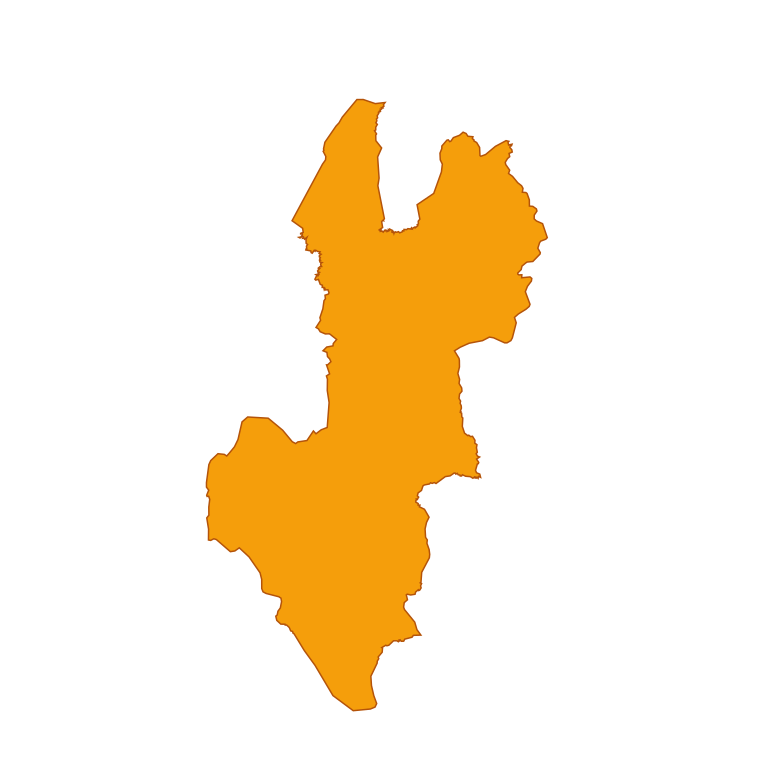 outline of Erawan, Loei, Thailand, rotated 223°
{"feature_id": "78962969B28697465385872", "entity_name": "Erawan", "entity_type": "district", "adm_level": 2, "iso_a3": "THA", "parent_name": "Thailand", "parent_adm1": "Loei", "projection": "mercator", "projection_center": [101.991, 17.279], "detail": "fine", "context": "isolated", "style": "filled", "palette": "amber", "viewbox_px": 768, "rotation_deg": 223, "n_neighbors": 0, "source": "geoboundaries", "source_scale": "gbopen_adm2", "svg_char_len": 6171}
<svg xmlns="http://www.w3.org/2000/svg" viewBox="0 0 768 768"><g transform="rotate(223 384 384)"><path d="M279.5,140.0L260.5,134.7L242.6,131.2L208.8,121.3L183.7,124.1L172.3,137.0L170.2,141.6L171.4,145.3L178.9,149.1L187.5,154.9L194.3,161.3L198.6,175.1L199.9,176.7L200.5,179.5L202.1,180.4L202.4,186.6L204.9,189.8L205.9,189.7L204.5,194.2L203.4,194.5L202.3,196.2L201.9,202.7L199.4,205.0L197.7,205.3L197.5,206.6L198.4,206.9L197.8,207.9L196.0,207.6L194.2,209.3L194.8,211.6L190.8,217.9L191.1,220.2L185.8,225.5L192.4,226.8L199.1,230.8L215.1,233.0L217.5,234.2L220.1,237.9L219.7,242.2L223.9,245.0L223.7,246.1L220.6,247.9L217.9,251.4L219.0,253.4L218.6,256.9L217.7,256.6L217.3,257.6L217.8,260.2L219.6,261.3L220.4,263.7L221.9,263.3L221.8,264.3L228.0,272.0L232.3,287.8L234.4,290.6L238.1,293.7L244.0,296.8L246.0,299.5L249.0,300.2L255.1,306.0L258.5,311.8L260.2,317.3L269.0,320.0L274.4,318.3L275.1,319.9L276.5,318.7L277.5,319.9L280.2,319.3L281.4,320.7L280.9,322.0L281.8,322.1L281.1,322.9L281.5,324.9L283.3,324.9L284.8,327.6L284.0,331.7L286.0,336.0L285.7,337.6L282.6,341.9L282.6,343.5L281.0,344.2L280.0,346.2L278.1,346.7L276.0,358.1L273.0,361.9L272.0,366.6L271.2,367.4L270.0,367.1L269.5,368.6L267.8,368.2L266.3,369.2L265.5,368.7L264.5,369.7L264.8,371.1L261.4,372.2L257.7,375.1L254.7,375.7L254.3,378.1L253.4,378.3L253.2,377.5L252.3,378.1L252.4,379.3L250.8,379.1L251.7,381.0L249.7,381.6L252.5,383.4L255.8,382.2L258.2,383.3L261.2,389.2L260.7,390.1L261.3,391.3L265.1,392.2L264.3,395.8L266.4,395.0L269.0,395.8L269.2,397.7L272.9,400.4L274.6,403.0L277.3,402.7L279.1,404.9L283.6,406.1L284.8,404.6L287.1,404.4L287.4,403.4L291.6,403.0L297.8,406.4L303.2,412.9L304.7,413.0L307.3,415.6L308.8,415.3L308.8,416.2L309.6,416.2L310.9,419.1L312.6,420.7L315.2,421.8L316.3,423.7L319.3,424.6L321.9,428.2L322.1,431.9L324.5,434.1L329.5,435.6L331.8,438.9L337.2,442.1L340.4,447.9L345.0,452.7L346.6,453.9L355.1,456.3L353.4,462.7L349.6,471.8L341.5,482.9L338.9,490.2L335.4,492.5L323.8,496.4L322.1,498.0L320.8,502.3L321.6,505.3L329.0,518.9L334.0,521.7L333.5,526.8L331.1,535.8L330.7,539.8L331.6,541.9L343.6,547.9L345.7,553.3L346.4,559.8L347.9,562.0L350.2,561.9L355.8,555.6L357.7,557.9L359.7,555.8L361.1,555.6L361.9,556.5L361.7,561.2L363.5,564.3L362.9,569.2L362.5,570.8L358.7,575.1L358.5,585.4L359.3,586.7L364.1,588.2L366.6,593.5L366.8,595.4L364.4,600.3L364.4,602.4L377.4,609.4L383.7,607.2L386.8,607.2L389.3,610.0L390.1,614.8L392.0,616.0L396.3,615.4L399.0,613.3L403.3,617.8L409.3,620.9L410.8,620.8L413.6,618.6L415.8,621.9L418.6,622.8L423.5,622.4L431.6,623.5L436.5,622.9L437.9,626.1L444.6,627.5L446.5,628.8L447.4,633.1L447.1,636.0L449.8,637.9L448.4,641.1L450.3,642.5L453.2,642.8L454.1,644.3L453.2,645.1L453.9,646.7L455.9,643.8L458.2,645.4L458.2,646.6L460.7,645.2L464.6,633.8L466.2,621.1L468.5,616.6L469.6,616.5L475.4,622.2L480.9,623.8L483.9,623.1L484.7,623.9L486.7,623.7L487.6,625.5L491.6,622.4L494.8,623.2L497.9,622.1L498.4,617.4L501.3,611.5L500.7,607.3L501.2,606.1L503.5,606.4L504.3,605.2L504.0,597.5L502.2,595.5L500.5,591.0L495.7,586.3L491.3,584.6L486.6,578.2L477.6,557.3L482.1,537.7L470.2,529.0L470.0,526.4L468.0,524.5L468.3,523.0L467.2,522.8L467.5,520.5L468.3,520.1L467.8,519.4L468.8,519.0L469.4,516.8L470.4,517.1L470.3,516.0L469.6,516.0L472.5,513.9L472.7,512.4L474.8,510.7L473.9,509.4L475.0,508.7L474.5,507.6L475.6,505.3L477.3,505.3L478.2,503.6L479.2,503.1L479.4,503.6L479.5,501.9L480.1,501.9L479.6,501.0L480.8,501.7L480.9,500.8L481.9,500.5L482.5,502.1L484.9,501.3L484.9,500.5L485.8,501.7L485.6,500.4L486.2,500.0L485.1,499.4L485.7,497.6L486.3,498.1L486.9,497.3L487.6,497.9L488.3,497.2L488.2,494.5L489.5,494.6L490.3,493.6L490.9,494.3L491.1,493.4L491.7,494.1L492.8,492.8L491.7,497.5L496.4,501.1L496.5,502.6L495.7,503.1L496.3,503.3L496.4,505.1L523.7,524.8L528.0,531.2L543.5,545.7L546.7,555.0L555.9,556.4L559.8,560.4L560.0,561.8L563.7,562.8L563.3,564.2L565.2,566.2L565.9,569.3L568.1,569.5L568.7,571.6L570.3,572.7L570.2,574.3L571.9,575.5L572.5,578.5L573.3,578.9L572.6,580.6L573.4,580.5L573.2,581.5L574.1,582.4L573.4,582.8L573.3,583.9L574.3,584.3L573.1,585.3L573.9,585.6L573.5,587.1L574.9,587.9L575.2,590.6L581.6,583.1L593.2,577.9L597.8,573.6L596.5,550.7L595.0,544.3L595.0,540.0L592.1,520.5L588.5,514.6L587.3,513.9L587.2,512.7L581.7,510.7L579.6,508.0L578.9,502.8L562.6,440.7L549.7,442.4L546.5,439.8L547.7,437.3L547.3,436.9L546.1,438.1L545.4,437.4L545.0,434.9L546.3,433.2L545.0,433.5L544.3,436.5L543.1,436.6L542.8,435.2L542.1,436.1L540.9,435.7L540.4,438.7L539.6,436.5L536.9,433.8L535.0,433.9L534.7,431.9L532.6,430.1L533.1,429.7L532.6,428.7L528.3,431.4L526.9,430.4L525.7,430.7L526.2,434.2L524.9,434.1L525.1,435.3L523.1,435.6L520.9,437.1L520.5,435.2L518.5,436.0L518.8,433.8L518.0,432.9L516.8,433.1L516.2,431.3L514.9,431.2L515.3,430.3L513.8,429.5L512.2,430.5L512.5,429.2L511.5,427.9L509.8,427.4L510.8,426.3L511.1,423.9L510.5,423.5L509.8,424.3L509.7,421.4L508.8,420.9L507.4,421.6L507.7,420.3L506.4,420.0L506.1,418.3L507.3,419.1L508.4,417.6L507.3,417.8L506.0,413.5L504.8,413.4L503.3,415.8L498.6,413.4L496.4,414.2L495.1,412.5L493.9,413.5L492.1,412.3L492.4,413.5L491.0,412.8L489.3,414.7L486.4,413.2L486.0,411.9L487.7,408.7L485.0,406.4L484.7,404.0L480.0,397.3L476.1,388.8L473.8,387.3L472.3,379.0L469.6,379.6L466.3,378.7L461.1,380.6L458.1,383.5L449.0,384.3L448.7,379.0L447.3,377.1L451.1,372.0L451.3,366.7L447.3,368.2L444.0,365.5L440.9,365.3L438.0,364.1L438.3,359.6L439.1,358.8L430.7,354.3L431.6,350.6L428.7,349.0L421.0,340.5L411.5,333.0L395.9,313.5L398.7,307.7L399.8,301.2L403.6,301.5L401.8,290.1L407.5,282.9L408.0,280.2L411.7,279.2L426.6,281.1L445.4,280.0L461.2,266.9L462.0,259.5L452.9,243.8L450.5,236.0L450.0,228.1L449.9,224.1L452.8,223.6L457.9,219.8L458.5,209.8L457.1,205.6L446.6,190.8L443.5,187.5L439.8,186.8L437.8,181.7L436.7,181.1L435.7,182.3L432.8,180.8L428.2,174.5L422.6,168.6L422.3,165.2L413.3,158.2L406.0,150.2L404.1,151.4L402.9,154.7L400.6,155.9L382.0,156.6L379.2,160.2L378.1,165.5L364.7,165.5L345.9,161.4L340.2,157.7L333.9,151.0L330.7,149.5L327.4,150.4L315.8,156.7L313.3,157.1L310.5,155.0L307.1,149.5L306.6,145.5L304.6,142.3L304.8,140.4L301.2,138.0L295.7,138.0L292.6,140.8L291.9,140.3L290.8,141.3L287.2,141.3L283.9,139.8L282.1,140.7L280.5,139.7L279.5,140.0Z" fill="#f59e0b" stroke="#b45309" stroke-width="1.5"/></g></svg>